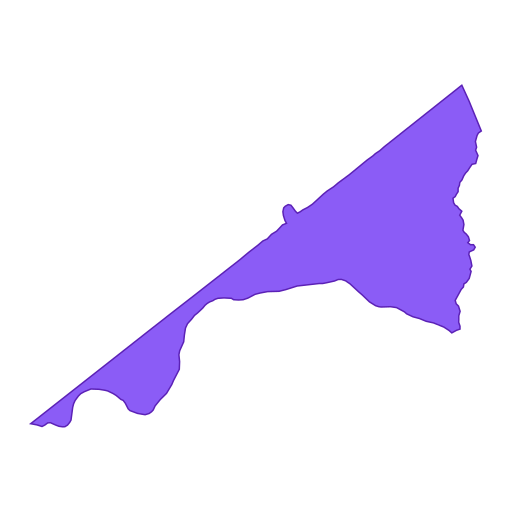 outline of São Pedro da Água Branca, Maranhão, Brazil
{"feature_id": "56859067B57838857219680", "entity_name": "São Pedro da Água Branca", "entity_type": "district", "adm_level": 2, "iso_a3": "BRA", "parent_name": "Brazil", "parent_adm1": "Maranhão", "projection": "albers", "projection_center": [-48.406, -5.139], "detail": "fine", "context": "isolated", "style": "filled", "palette": "violet", "viewbox_px": 512, "rotation_deg": 0, "n_neighbors": 0, "source": "geoboundaries", "source_scale": "gbopen_adm2", "svg_char_len": 2546}
<svg xmlns="http://www.w3.org/2000/svg" viewBox="0 0 512 512"><path d="M271.5,234.3L267.3,238.9L262.8,241.0L258.3,244.9L248.6,252.4L239.5,260.0L194.4,295.3L167.1,316.5L164.6,318.5L151.8,328.5L30.7,423.7L37.0,424.9L42.0,426.5L44.9,425.0L47.7,422.9L50.4,422.7L55.8,425.1L59.0,426.3L62.6,426.8L64.9,426.7L67.5,425.1L69.7,422.4L71.0,420.1L72.7,407.3L73.6,403.8L75.1,400.5L78.4,396.0L80.7,393.7L84.3,391.7L90.9,389.0L99.1,389.3L104.6,390.2L107.6,390.9L113.0,393.5L116.1,395.4L120.9,399.4L123.2,400.4L125.3,403.2L128.2,408.9L130.0,410.6L137.5,413.4L145.1,414.7L149.1,413.5L151.5,411.8L153.2,410.0L155.1,405.9L160.3,399.5L166.5,393.4L171.8,384.5L173.5,380.5L179.3,369.3L179.6,361.6L178.9,354.7L179.7,350.7L183.7,341.8L184.4,334.9L184.8,332.4L185.5,328.0L187.5,323.7L189.4,321.6L191.5,319.3L194.5,315.4L197.5,313.0L200.6,310.1L202.8,308.0L205.0,305.3L207.1,303.5L209.7,301.9L212.8,300.7L215.0,299.3L217.9,298.3L224.0,297.9L231.4,298.3L233.6,299.7L238.6,300.0L243.2,299.7L247.9,298.1L255.1,294.3L260.2,293.0L267.6,291.6L279.1,291.3L285.8,289.6L297.2,286.0L319.3,283.5L322.7,283.5L326.8,282.7L334.5,281.0L338.1,279.5L341.4,279.4L345.6,280.8L347.6,282.2L350.0,283.8L358.6,291.8L362.1,294.8L369.5,301.9L375.6,305.7L378.8,306.7L381.1,307.0L390.5,306.7L396.6,307.6L404.5,311.9L406.6,313.8L413.0,316.8L419.4,318.5L426.2,321.3L433.5,322.9L443.9,327.1L449.1,330.5L451.8,332.9L456.5,330.3L460.0,329.1L460.0,326.2L458.7,322.3L458.8,319.6L458.8,315.8L460.1,311.3L458.5,306.1L456.2,303.8L455.2,300.4L461.2,289.4L463.4,287.0L463.9,283.9L466.3,282.4L469.2,278.5L471.1,271.4L469.9,269.2L471.9,266.0L470.8,260.4L469.7,256.9L468.8,254.4L469.3,251.9L473.7,249.9L475.2,247.2L473.5,244.7L470.5,244.7L467.8,242.7L469.5,240.5L468.4,236.8L466.3,234.1L464.2,232.3L462.9,230.3L463.9,224.5L463.1,220.2L461.7,217.9L459.7,215.2L461.8,211.2L458.9,208.7L457.3,206.4L455.0,205.1L453.6,202.7L453.0,198.2L455.2,196.6L456.5,194.1L458.1,191.7L458.1,188.2L459.4,185.4L459.8,182.4L461.9,180.0L463.8,175.7L465.6,173.0L467.7,170.8L469.6,167.8L472.0,164.3L475.7,163.5L476.9,159.1L478.0,155.6L475.6,150.2L476.6,147.2L475.4,141.5L477.1,135.4L478.4,133.0L481.3,131.0L469.1,101.2L461.8,85.2L384.3,146.7L379.8,150.7L375.4,153.6L372.9,155.9L367.2,160.0L349.3,174.7L338.3,182.8L333.6,186.8L327.3,190.9L323.5,194.0L315.7,201.2L312.4,204.2L307.5,207.5L302.8,209.9L300.3,211.7L297.4,213.2L295.4,211.2L292.9,207.7L290.9,205.2L288.2,204.6L285.3,206.2L283.7,207.9L282.9,211.7L283.4,215.5L285.0,220.6L286.5,223.3L282.5,224.9L276.6,231.2L271.5,234.3Z" fill="#8b5cf6" stroke="#5b21b6" stroke-width="1.5"/></svg>